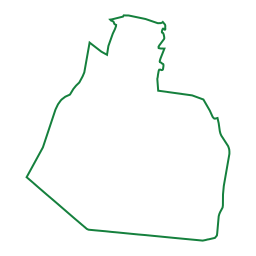 map outline of Al-Muthannia (Natural Earth projection)
{"feature_id": "IRQ-3223", "entity_name": "Al-Muthannia", "entity_type": "Province", "adm_level": 1, "iso_a3": "IRQ", "parent_name": "Iraq", "parent_adm1": "", "projection": "natural_earth1", "projection_center": [45.575, 30.396], "detail": "fine", "context": "isolated", "style": "outline", "palette": "green", "viewbox_px": 256, "rotation_deg": 0, "n_neighbors": 0, "source": "natural_earth", "source_scale": "10m", "svg_char_len": 1859}
<svg xmlns="http://www.w3.org/2000/svg" viewBox="0 0 256 256"><path d="M216.9,235.5L214.9,237.9L211.8,238.6L208.8,239.3L207.5,239.5L205.7,240.0L202.7,240.6L195.4,239.9L190.0,239.4L184.7,238.9L179.4,238.4L174.1,237.9L167.0,237.2L159.9,236.5L152.7,235.8L145.6,235.1L138.5,234.5L131.3,233.8L124.2,233.1L117.1,232.4L111.5,231.9L106.0,231.3L100.5,230.8L94.9,230.3L88.6,229.7L88.1,229.5L87.7,229.3L87.2,229.1L86.8,228.9L81.4,224.3L74.8,218.7L68.2,213.0L61.6,207.3L55.0,201.6L47.0,194.8L39.1,188.0L31.2,181.1L26.6,177.2L27.5,175.6L42.9,147.4L55.5,109.5L58.0,104.3L60.8,100.4L61.9,99.3L65.3,96.7L69.5,94.8L70.0,94.5L73.4,88.9L76.1,85.6L79.3,82.5L82.6,76.4L84.3,72.4L89.6,42.6L101.4,51.7L107.0,54.8L108.4,46.0L112.8,33.6L114.9,29.2L116.0,26.2L116.1,24.9L114.6,24.2L114.1,23.3L113.8,22.4L113.4,21.6L112.9,21.3L111.7,20.8L111.0,20.5L110.2,19.6L111.8,19.4L123.0,16.6L123.7,15.4L128.7,15.5L145.5,19.0L157.8,23.2L160.7,23.1L162.2,22.6L162.8,22.0L165.0,24.6L165.3,25.8L165.3,26.2L165.2,27.4L165.3,28.5L165.3,29.2L165.1,29.6L164.8,29.7L164.5,29.6L163.8,29.0L163.5,28.8L163.1,28.6L162.7,29.0L162.4,29.6L161.9,31.4L161.9,32.2L162.2,32.7L162.5,32.8L162.9,32.9L163.3,33.5L163.7,34.5L164.2,37.0L164.3,38.2L164.0,39.1L159.3,45.4L158.5,46.9L158.7,48.1L160.6,48.5L164.4,48.6L160.5,58.5L159.7,61.2L159.9,62.1L161.2,62.7L161.5,63.0L162.3,63.7L162.8,63.9L163.2,64.1L163.5,65.0L163.4,66.5L163.0,69.1L162.5,69.9L161.6,70.1L160.3,69.6L159.2,69.7L158.7,70.8L158.3,73.0L158.0,74.6L157.7,77.1L157.3,78.9L158.2,90.7L192.2,95.4L203.4,99.5L209.8,110.6L212.6,116.8L213.4,117.8L214.3,118.6L215.2,118.6L217.5,118.0L218.7,123.3L219.8,131.1L220.4,133.5L221.3,135.6L228.1,146.1L228.7,147.7L229.2,149.4L229.4,151.5L229.4,153.9L223.8,185.9L223.0,194.5L222.9,205.3L222.6,207.5L220.1,212.2L219.3,214.1L218.7,216.3L217.2,233.3L216.9,235.4L216.9,235.5Z" fill="none" stroke="#15803d" stroke-width="2"/></svg>